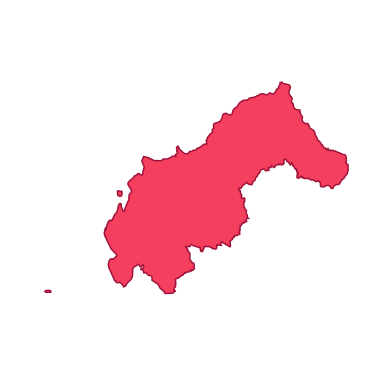 Thung Wa, Satun, Thailand, rotated 353°
{"feature_id": "78962969B89746829348507", "entity_name": "Thung Wa", "entity_type": "district", "adm_level": 2, "iso_a3": "THA", "parent_name": "Thailand", "parent_adm1": "Satun", "projection": "robinson", "projection_center": [99.848, 7.08], "detail": "fine", "context": "isolated", "style": "filled", "palette": "rose", "viewbox_px": 384, "rotation_deg": 353, "n_neighbors": 0, "source": "geoboundaries", "source_scale": "gbopen_adm2", "svg_char_len": 6141}
<svg xmlns="http://www.w3.org/2000/svg" viewBox="0 0 384 384"><g transform="rotate(353 192 192)"><path d="M350.2,183.8L348.1,182.0L348.3,181.2L349.1,180.1L349.2,176.9L349.2,175.8L348.5,173.8L345.5,172.7L342.2,170.5L340.2,169.7L339.5,168.8L338.0,169.2L337.8,168.3L337.1,167.8L336.1,168.0L334.8,167.5L334.5,167.1L333.2,167.7L332.3,165.4L331.8,165.9L331.5,165.3L331.5,165.9L330.7,166.6L329.9,164.7L329.5,164.9L328.0,163.8L327.3,161.3L326.4,160.9L325.8,159.8L325.8,158.9L325.0,158.1L324.7,157.1L323.4,156.4L322.1,151.9L321.4,151.0L321.0,147.3L319.9,145.3L316.8,143.1L316.4,140.7L315.3,138.2L312.1,137.5L310.6,136.0L310.0,133.6L310.8,131.0L309.4,128.3L309.0,125.8L309.1,123.9L305.7,123.0L304.3,122.0L303.2,120.1L303.1,116.7L301.5,114.5L302.9,111.1L300.7,107.4L300.1,104.8L302.3,100.6L302.4,99.6L301.9,98.1L301.2,97.3L295.8,95.5L294.5,93.9L294.2,94.3L292.8,94.0L292.4,96.0L291.8,96.5L289.9,99.9L288.4,100.4L287.2,102.6L285.0,104.5L283.0,104.3L282.3,103.5L281.1,103.1L278.8,104.7L277.9,104.7L274.3,103.1L272.8,102.9L265.9,105.4L260.5,105.8L258.3,107.4L254.0,107.3L250.6,108.9L246.5,113.2L244.0,114.4L242.8,115.8L241.1,119.7L240.6,119.9L238.2,120.0L235.1,117.9L232.5,118.5L231.7,119.7L230.8,122.3L228.7,125.1L226.5,126.0L222.9,126.6L221.8,127.4L221.3,129.4L221.4,131.1L219.8,132.5L219.4,135.7L217.5,136.3L214.0,139.8L213.2,141.8L212.4,142.6L212.6,146.0L209.3,146.2L206.3,148.2L201.9,149.6L201.0,150.9L198.7,150.7L196.0,151.8L194.6,151.4L193.1,153.3L189.9,153.4L187.6,151.3L186.2,149.4L184.8,148.5L184.4,146.3L183.9,144.9L183.3,144.8L182.1,145.9L182.0,147.0L182.3,147.8L181.8,149.8L182.4,150.7L181.8,152.0L180.0,152.9L180.1,154.6L176.9,154.0L175.4,155.1L170.6,156.3L167.6,155.7L165.4,157.2L158.2,156.2L152.9,152.6L148.3,150.9L145.9,155.2L147.5,160.8L147.4,162.1L145.8,165.6L145.3,168.3L144.2,169.3L141.8,167.3L140.2,167.3L138.7,168.9L137.4,168.8L136.3,169.4L136.0,170.3L130.3,174.2L129.5,175.4L129.4,177.1L132.1,182.7L131.7,185.3L130.3,185.8L129.1,187.6L128.3,192.6L127.4,193.3L125.7,196.3L123.3,200.6L122.6,202.9L121.2,202.5L119.9,197.2L120.3,195.4L120.0,194.9L118.7,194.6L117.1,197.0L115.7,201.3L114.4,203.3L112.5,205.0L108.7,210.9L107.7,210.1L106.9,210.0L105.4,211.2L103.7,214.2L101.9,218.9L101.4,217.8L99.9,221.9L100.0,224.4L104.8,238.6L107.9,243.0L109.0,243.7L109.6,245.3L109.2,246.2L106.4,248.7L105.0,249.1L104.6,248.5L103.3,248.5L101.9,249.5L101.0,251.1L100.1,253.8L100.4,257.3L104.5,270.6L104.9,270.7L104.5,270.1L105.0,270.7L105.8,272.5L106.9,273.0L109.1,273.0L110.4,273.7L112.5,277.1L112.5,277.8L114.3,277.4L117.1,274.0L119.8,272.2L121.7,270.3L122.9,267.4L123.8,261.2L124.8,259.5L127.8,258.5L129.4,257.1L130.1,257.4L131.1,259.4L131.9,259.9L133.1,259.5L133.9,258.3L134.6,258.3L135.1,259.3L134.7,261.4L134.1,261.8L132.2,261.5L131.8,262.0L131.9,262.7L134.1,264.0L134.3,266.4L136.6,266.6L138.5,269.3L141.0,270.1L141.6,270.8L142.0,272.8L141.5,274.7L146.9,279.3L148.7,283.7L152.4,287.6L152.7,289.4L160.3,290.1L163.3,288.4L163.1,287.7L162.2,287.2L162.5,286.4L162.4,285.1L164.0,284.2L164.3,282.6L164.1,282.0L165.0,280.8L164.4,279.2L165.0,278.6L164.8,277.6L165.0,276.6L167.7,275.5L168.2,275.8L171.0,273.5L171.7,273.8L172.9,273.3L173.8,272.1L175.0,271.8L175.0,271.2L175.5,271.6L178.3,270.6L179.3,271.0L180.5,270.3L180.6,269.6L181.2,269.9L181.2,269.4L181.8,269.5L182.1,270.0L182.5,269.3L183.3,269.8L185.1,268.4L184.8,266.9L185.3,265.1L185.1,263.2L184.4,262.4L183.4,262.0L181.9,259.0L181.7,257.8L182.5,252.7L181.2,250.2L180.2,249.8L180.8,248.2L179.3,245.8L180.1,246.0L180.6,245.2L182.8,246.0L183.6,245.5L184.5,244.2L185.9,244.6L186.7,245.6L188.5,246.0L190.6,247.3L193.1,248.0L193.2,250.2L194.0,250.7L193.4,251.8L194.9,252.5L196.8,249.8L196.8,248.8L198.6,247.3L199.5,248.0L201.7,248.1L203.6,249.0L205.0,249.9L205.6,250.9L206.2,250.7L208.7,251.6L209.8,250.3L209.9,248.5L210.7,248.2L210.5,247.5L214.6,248.5L214.0,246.6L215.1,246.0L215.5,245.0L217.1,246.7L218.4,247.2L219.1,248.5L220.0,248.3L221.4,250.0L222.6,250.5L222.9,251.0L223.3,250.6L223.1,250.2L223.7,250.0L223.5,248.9L224.1,245.1L226.2,244.0L226.4,242.8L228.4,242.0L228.6,240.6L232.0,240.6L232.9,239.8L234.2,239.8L234.4,238.9L234.1,237.5L234.4,237.3L234.3,236.6L235.3,235.5L234.8,234.2L235.6,233.1L235.7,231.2L236.7,231.1L237.6,229.9L238.9,229.1L240.1,228.9L240.1,228.0L241.7,228.3L242.7,227.9L242.3,226.7L242.9,225.4L243.9,224.9L244.7,225.0L243.9,224.1L244.1,221.5L243.5,220.6L243.1,218.7L243.8,217.5L243.7,216.8L242.4,215.3L242.4,213.9L241.5,212.4L242.0,211.0L242.1,208.8L243.3,207.8L243.2,207.0L243.6,205.0L243.1,204.2L241.0,204.6L240.4,203.5L240.1,202.2L240.9,201.9L241.0,201.0L239.8,198.4L240.2,196.8L238.7,195.9L239.0,193.8L239.6,194.5L241.0,194.3L242.0,192.9L244.3,191.0L248.0,189.2L248.4,190.3L249.6,191.4L252.3,192.0L254.3,188.6L255.8,188.2L256.9,185.6L258.6,184.5L259.7,182.2L261.0,181.7L263.2,178.3L265.8,177.9L266.7,178.4L267.6,179.9L269.7,180.0L270.2,179.4L271.0,179.6L270.7,179.0L270.7,177.5L271.4,177.1L272.4,177.6L273.8,176.7L274.2,175.6L276.2,177.7L276.8,177.1L277.4,177.2L278.2,175.7L280.3,175.3L281.2,175.7L281.4,175.3L282.0,175.2L282.2,174.6L283.0,174.8L283.7,175.9L285.4,176.0L285.5,175.2L287.0,174.7L286.8,173.1L287.6,170.7L289.3,170.9L289.8,173.2L291.1,173.7L293.0,177.2L294.1,176.3L294.2,175.2L294.9,175.6L295.4,178.5L296.8,180.1L296.9,181.3L297.3,181.9L298.6,182.0L298.4,183.7L298.8,184.0L298.5,184.8L299.0,184.9L299.3,186.0L298.9,186.6L299.3,187.1L298.9,187.1L299.1,187.7L298.3,188.1L297.9,190.5L299.7,191.3L300.4,191.0L300.3,190.5L300.9,190.1L301.7,190.3L301.8,189.8L302.7,189.7L303.3,191.0L303.8,191.0L303.7,191.5L304.5,191.4L305.3,192.3L309.2,192.8L311.7,194.6L313.6,194.6L316.1,196.7L317.1,196.8L318.6,196.2L320.5,198.5L320.3,201.4L320.7,202.4L323.6,203.1L325.7,202.1L327.9,202.0L329.4,202.9L330.5,205.1L331.8,205.5L332.7,205.2L333.4,203.5L335.2,202.6L337.0,202.2L338.3,202.4L339.3,202.0L342.1,198.3L344.6,196.8L345.1,195.8L348.3,192.8L349.6,189.4L350.2,183.8ZM119.5,181.8L118.5,181.9L118.0,182.4L117.9,186.1L119.2,187.3L121.2,187.4L121.9,186.6L122.4,184.7L122.4,182.9L121.8,182.5L120.6,182.9L119.5,181.8ZM38.5,272.2L35.1,271.9L33.8,272.9L35.1,273.9L37.6,274.0L38.9,274.4L39.9,274.0L39.6,272.9L38.5,272.2Z" fill="#f43f5e" stroke="#9f1239" stroke-width="1.5"/></g></svg>